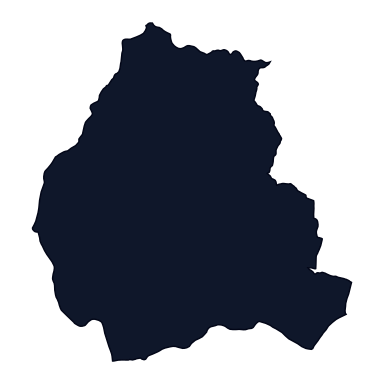 Guayatá, Boyacá, Colombia (orthographic projection)
{"feature_id": "7082276B57012919996167", "entity_name": "Guayatá", "entity_type": "district", "adm_level": 2, "iso_a3": "COL", "parent_name": "Colombia", "parent_adm1": "Boyacá", "projection": "orthographic", "projection_center": [-73.477, 4.938], "detail": "fine", "context": "isolated", "style": "filled", "palette": "ink", "viewbox_px": 384, "rotation_deg": 0, "n_neighbors": 0, "source": "geoboundaries", "source_scale": "gbopen_adm2", "svg_char_len": 5890}
<svg xmlns="http://www.w3.org/2000/svg" viewBox="0 0 384 384"><path d="M351.5,282.4L349.7,281.4L349.0,280.7L346.0,279.3L345.6,279.3L343.8,278.6L342.0,278.2L338.0,277.3L336.1,276.4L335.3,276.3L333.2,276.4L330.8,275.8L329.7,275.4L326.2,273.8L325.4,273.3L322.5,272.4L321.9,272.4L319.8,273.2L319.0,272.9L317.3,272.8L316.6,273.1L315.7,273.9L315.4,274.0L314.8,274.0L314.3,273.8L314.1,273.6L312.8,271.8L310.8,270.3L309.4,269.6L309.0,269.2L308.3,268.2L308.0,267.8L311.4,267.8L314.2,268.6L315.1,268.8L315.7,268.6L315.9,264.5L316.1,257.3L316.2,256.2L316.7,254.7L317.4,253.6L318.2,251.6L319.1,249.7L320.7,245.6L322.1,239.8L322.2,239.0L322.1,238.7L321.5,238.4L319.2,237.7L317.6,237.4L317.0,236.2L316.6,234.4L316.4,233.6L316.3,231.9L316.4,231.0L316.7,229.9L317.9,226.6L318.0,224.6L317.6,221.7L317.1,220.4L316.7,219.8L315.9,219.1L313.6,218.0L313.7,216.5L313.6,214.6L313.9,208.5L313.8,205.8L313.9,203.7L313.8,202.0L313.6,200.7L306.4,198.0L306.0,196.7L305.9,195.5L305.7,195.1L304.1,194.2L301.1,192.7L300.5,192.3L297.9,190.9L297.2,190.2L296.2,188.3L294.7,187.1L293.8,186.1L292.8,185.5L291.1,184.0L290.2,183.7L289.1,184.0L288.3,184.0L286.6,183.9L284.5,183.6L283.1,183.5L282.0,183.6L281.1,183.9L279.4,184.2L278.3,184.5L277.2,185.2L276.6,185.2L275.9,181.7L275.3,180.6L275.0,180.2L274.3,179.8L273.0,179.1L272.0,178.8L271.3,178.1L270.3,176.1L269.3,175.2L267.7,174.1L267.2,173.4L267.5,173.1L268.5,172.7L269.3,172.1L269.8,170.4L270.0,168.2L270.9,166.7L271.6,166.0L272.2,165.7L272.4,165.3L273.0,162.6L273.2,161.1L273.3,159.1L273.7,156.6L274.1,156.1L275.0,155.4L275.7,154.6L276.0,153.6L276.0,150.3L276.4,149.0L278.0,145.7L279.8,143.5L280.1,142.6L280.4,141.1L281.2,139.9L281.4,139.2L281.5,138.4L280.0,135.7L279.4,135.1L279.3,134.3L277.9,132.3L275.2,127.2L273.9,125.5L273.9,124.6L274.2,123.9L274.2,123.3L274.2,122.2L273.8,120.8L272.9,119.1L272.8,118.5L272.1,117.1L270.3,115.3L270.3,114.1L270.2,113.8L269.4,113.2L268.3,112.1L267.4,111.7L264.9,111.4L263.2,110.9L262.6,110.0L262.1,108.7L260.3,106.8L258.7,106.0L257.7,105.8L257.2,105.3L255.6,102.7L253.6,100.1L254.1,99.4L255.2,95.8L255.9,92.1L256.5,90.3L256.8,88.8L256.8,87.1L257.0,86.5L257.7,85.6L258.3,84.2L258.0,83.3L257.4,82.5L255.1,80.8L254.5,79.7L254.5,79.0L255.5,77.2L257.5,74.6L258.0,73.1L258.1,70.9L258.7,69.1L259.8,68.0L260.7,67.7L263.3,67.6L264.1,67.4L264.9,67.0L265.8,66.3L266.4,65.7L267.4,65.2L268.9,64.0L270.1,61.9L269.0,62.3L267.7,62.6L266.5,62.7L265.2,62.5L261.6,60.3L260.6,60.1L257.4,61.1L255.4,61.4L253.1,61.4L251.5,61.2L250.1,60.7L248.7,60.5L247.2,60.7L246.0,61.2L245.2,61.1L244.2,60.4L243.3,59.2L242.9,58.0L240.6,54.3L239.3,52.6L237.5,51.5L235.9,50.9L234.5,51.2L233.2,51.9L231.6,54.1L230.5,54.5L229.4,54.2L228.2,52.0L227.3,51.1L226.2,50.4L224.6,49.8L223.4,49.8L221.0,50.7L219.8,50.7L218.6,50.3L217.1,50.3L216.0,50.6L215.0,51.0L213.4,50.9L212.4,51.2L211.8,52.0L210.6,52.8L207.5,54.4L206.6,54.6L205.5,54.1L204.2,53.3L200.0,51.7L195.7,47.8L193.9,46.7L189.4,45.7L187.7,45.7L186.5,46.1L183.9,47.7L181.7,48.5L180.2,48.7L178.3,48.4L176.2,47.3L174.3,45.9L172.0,43.2L171.3,41.4L170.7,39.0L170.4,36.9L170.5,35.1L170.3,34.3L169.3,33.7L167.3,32.8L165.2,31.7L163.3,30.4L161.7,28.9L159.3,27.5L157.8,27.3L156.1,26.9L154.9,26.3L153.6,25.1L152.4,23.1L150.0,23.0L149.2,23.2L148.1,23.8L147.0,25.0L146.2,25.4L145.9,25.8L146.4,26.7L146.5,28.0L145.4,30.6L143.5,33.4L140.3,35.3L136.4,37.0L130.3,39.3L125.8,39.2L124.4,39.5L123.8,39.8L122.9,40.5L122.4,41.9L122.3,43.5L122.5,45.1L122.8,48.6L122.8,50.2L122.5,51.4L122.0,53.0L121.1,61.8L120.7,63.4L120.0,68.4L118.8,71.9L118.1,72.4L117.3,73.3L115.8,73.9L115.2,74.4L114.5,75.3L113.4,78.3L111.8,79.7L108.5,84.9L107.9,85.4L107.0,85.5L106.4,85.9L105.8,87.0L103.4,88.9L101.4,91.8L99.5,95.4L99.3,97.6L98.6,100.5L97.6,101.5L93.7,103.3L91.1,105.0L90.5,106.3L90.2,108.2L91.8,111.6L92.4,113.2L92.3,114.5L90.9,116.5L88.6,118.7L86.2,121.4L85.5,122.4L84.3,126.0L82.5,134.3L79.1,138.7L78.9,139.5L79.0,141.4L78.5,142.5L75.7,145.6L71.2,148.2L67.7,150.9L65.2,151.4L63.6,152.0L61.2,153.3L59.1,154.5L56.6,156.4L55.5,157.0L52.5,162.2L50.6,164.9L47.8,168.3L45.5,170.7L44.9,171.6L44.3,173.3L43.8,176.4L43.8,178.6L44.4,181.6L44.4,183.0L41.2,192.0L39.6,200.3L38.9,207.9L38.1,212.7L35.8,221.3L34.3,224.6L32.5,228.0L32.7,229.3L33.7,230.6L35.0,231.6L36.5,232.0L37.7,232.0L38.3,232.5L39.7,237.9L40.1,241.1L41.4,244.2L42.3,245.7L44.6,250.6L46.8,254.3L52.1,261.8L54.1,265.8L54.3,266.9L54.4,268.2L54.0,271.1L53.2,274.0L52.8,276.6L52.6,278.2L52.7,279.4L53.3,281.2L54.2,283.1L54.6,285.4L54.8,290.1L55.2,292.6L55.6,295.0L56.3,297.4L57.1,298.7L58.7,302.5L59.4,305.3L60.5,308.4L61.5,310.3L67.1,315.8L73.9,322.3L74.5,323.2L76.2,324.3L78.5,325.6L80.1,326.2L82.0,326.2L84.4,325.6L85.3,325.1L88.3,321.7L91.3,319.6L92.8,319.2L95.0,319.2L98.8,320.3L100.9,321.5L101.9,322.5L102.9,325.0L103.7,327.6L104.8,333.2L109.0,346.6L110.6,350.8L111.7,354.1L112.1,356.3L112.6,361.0L113.7,361.0L118.1,360.1L122.0,359.9L128.3,360.0L129.6,359.5L132.6,359.9L135.4,359.2L136.5,358.7L140.4,358.0L142.0,359.1L144.1,359.7L145.6,359.2L147.4,356.6L148.6,355.6L152.7,354.0L157.6,351.8L159.5,350.8L162.2,349.1L165.0,348.0L169.9,346.8L172.9,346.3L175.5,346.4L178.5,347.3L182.6,348.3L184.6,348.2L186.8,347.7L189.3,346.4L191.4,343.4L195.3,340.2L199.0,338.5L202.3,336.7L204.7,334.2L206.6,332.0L207.0,330.6L208.4,328.3L210.5,326.8L215.3,325.6L217.4,324.8L218.7,324.7L221.3,324.9L223.9,325.7L225.4,326.4L227.6,328.0L229.9,329.2L232.8,329.5L236.1,329.5L239.2,329.3L243.6,329.7L245.6,329.6L248.5,328.7L251.7,328.3L253.2,327.4L255.4,324.3L256.6,323.0L258.2,321.7L259.5,321.4L265.8,323.3L270.4,325.4L272.9,327.2L276.1,328.8L282.1,332.5L285.4,335.8L288.8,338.8L297.6,343.6L301.9,346.6L305.9,348.4L308.3,348.9L311.4,349.3L312.7,348.6L314.1,345.7L317.9,340.7L320.0,337.5L322.0,334.9L323.1,333.1L326.0,329.8L328.4,326.0L332.3,322.4L336.1,319.4L339.1,317.7L346.1,314.3L345.3,313.2L345.0,310.7L345.5,306.4L345.7,303.4L346.9,298.6L348.6,294.0L351.5,282.4Z" fill="#0f172a" stroke="#020617" stroke-width="1.5"/></svg>